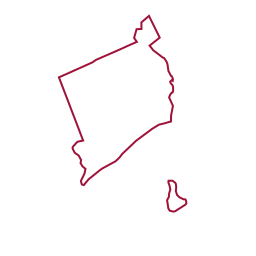 Washington, Rhode Island, United States of America, rotated 337°
{"feature_id": "52423323B82979522420472", "entity_name": "Washington", "entity_type": "district", "adm_level": 2, "iso_a3": "USA", "parent_name": "United States of America", "parent_adm1": "Rhode Island", "projection": "mercator", "projection_center": [-71.592, 41.4], "detail": "fine", "context": "isolated", "style": "outline", "palette": "rose", "viewbox_px": 256, "rotation_deg": 337, "n_neighbors": 0, "source": "geoboundaries", "source_scale": "gbopen_adm2", "svg_char_len": 1303}
<svg xmlns="http://www.w3.org/2000/svg" viewBox="0 0 256 256"><g transform="rotate(337 128 128)"><path d="M64.2,158.1L63.7,159.4L63.5,162.0L65.0,163.3L71.7,159.8L85.1,156.0L88.6,155.2L101.0,154.0L103.4,153.8L108.8,151.8L112.6,149.6L130.5,142.9L149.9,138.2L157.9,137.0L158.9,137.2L161.7,137.7L170.1,138.8L172.5,133.4L178.0,125.2L177.8,115.9L178.2,115.5L179.8,113.8L181.9,112.6L182.1,112.7L182.9,112.7L184.1,111.4L185.5,107.9L185.7,105.9L184.8,103.6L184.9,101.8L187.1,101.0L187.6,102.0L188.3,101.0L188.6,99.0L188.5,97.5L187.9,96.5L187.5,91.3L188.0,89.4L189.3,84.6L189.4,82.1L188.6,77.8L187.4,76.5L181.6,66.3L180.1,60.6L189.7,58.0L192.5,57.2L191.1,33.0L181.6,36.0L179.1,42.1L174.5,40.4L168.8,47.5L169.8,52.2L166.0,52.2L159.1,52.3L152.8,52.5L125.0,52.8L120.8,53.7L84.2,54.4L83.3,80.7L83.0,88.6L81.8,121.9L81.8,122.0L76.0,120.9L70.0,123.7L69.2,124.5L69.0,126.0L69.3,130.0L71.8,134.0L72.0,135.8L72.3,139.1L70.6,141.9L71.1,145.5L72.9,149.0L70.2,152.9L64.2,158.1ZM133.7,217.8L134.1,220.4L137.3,222.8L139.1,223.0L150.8,221.0L152.2,220.3L153.1,217.4L152.9,216.1L151.3,215.4L148.3,211.9L147.0,208.8L147.4,204.7L149.3,201.3L150.2,198.1L150.0,196.7L148.3,193.9L144.7,192.4L143.9,193.9L143.7,197.5L142.9,201.2L140.3,204.3L138.8,207.3L135.8,209.7L133.7,217.8Z" fill="none" stroke="#9f1239" stroke-width="2"/></g></svg>